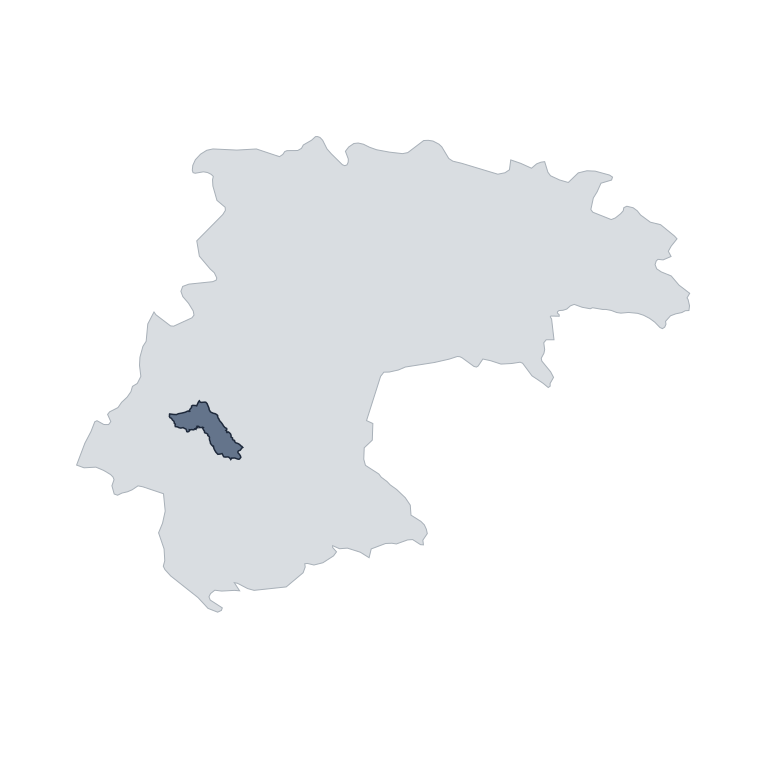 Lelouma, Lélouma, Guinea (highlighted), rotated 288°
{"feature_id": "49546643B79531384041877", "entity_name": "Lelouma", "entity_type": "district", "adm_level": 2, "iso_a3": "GIN", "parent_name": "Guinea", "parent_adm1": "Lélouma", "projection": "equal_earth", "projection_center": [-12.691, 11.514], "detail": "fine", "context": "in_parent", "style": "filled", "palette": "slate", "viewbox_px": 768, "rotation_deg": 288, "n_neighbors": 0, "source": "geoboundaries", "source_scale": "gbopen_adm2", "svg_char_len": 6269}
<svg xmlns="http://www.w3.org/2000/svg" viewBox="0 0 768 768"><g transform="rotate(288 384 384)"><path d="M462.7,526.6L457.1,525.6L454.6,527.0L447.1,538.7L442.7,543.2L435.8,541.8L433.3,542.7L431.4,541.3L433.9,534.9L437.5,522.2L446.6,509.4L446.8,506.7L443.0,499.2L439.1,489.1L439.1,478.1L438.3,470.3L430.2,468.0L428.7,466.7L428.5,464.1L433.0,450.4L433.4,447.7L432.8,445.2L427.8,438.3L420.1,425.4L406.7,399.0L401.8,393.4L397.0,385.3L395.2,380.2L390.2,378.4L343.8,378.7L343.0,385.6L327.0,390.2L317.2,384.9L306.2,388.0L300.9,391.5L296.8,406.9L294.5,410.2L292.1,417.2L290.0,421.0L287.6,428.6L282.4,439.4L276.9,446.4L267.6,450.2L264.7,461.6L262.5,465.9L258.9,469.2L255.1,471.4L247.5,469.2L243.2,471.2L242.5,468.4L244.9,459.3L243.0,454.6L235.7,445.2L235.0,440.7L232.8,434.8L223.2,422.8L214.2,423.5L216.7,413.4L216.6,399.9L213.6,392.6L214.4,385.1L212.7,385.6L209.7,390.7L204.9,389.1L195.1,381.1L190.2,373.3L189.7,366.7L188.6,364.2L185.6,365.6L179.5,365.4L160.8,353.7L147.6,324.2L147.3,317.5L149.2,306.1L148.8,303.0L142.7,310.6L141.5,305.5L136.9,293.6L135.6,286.8L131.1,283.8L127.5,283.3L124.8,285.5L121.1,299.4L118.4,299.3L115.6,296.3L116.2,286.0L123.4,273.1L135.5,240.5L139.8,233.0L142.5,230.4L148.2,230.1L159.2,225.8L172.8,215.6L183.2,216.4L195.5,215.2L211.5,208.2L211.7,186.3L211.1,181.5L205.5,177.1L202.2,173.3L199.3,168.5L195.9,165.0L196.0,161.4L203.1,156.7L209.6,156.8L211.8,155.0L213.4,151.9L215.2,144.0L215.9,135.7L211.6,124.6L211.9,116.7L235.3,117.8L248.2,120.0L258.7,120.6L260.4,122.4L258.9,130.1L260.3,134.6L263.8,135.8L269.7,130.5L272.8,131.7L279.4,138.3L285.5,140.1L292.2,143.8L298.5,145.7L304.0,145.5L308.3,149.2L316.1,150.4L326.2,145.7L334.1,143.6L345.3,143.1L351.1,144.6L368.1,140.8L381.4,143.0L379.4,145.6L373.3,163.0L374.0,166.1L387.6,180.9L390.8,182.0L394.5,180.0L400.4,173.1L404.9,165.7L409.4,162.2L414.6,162.4L418.7,167.6L428.4,189.5L430.9,192.3L433.2,192.2L437.4,188.2L439.5,183.4L448.5,168.9L462.3,161.7L495.3,178.3L500.1,179.5L503.0,178.3L507.0,168.4L519.4,160.1L525.3,157.8L528.7,157.5L530.0,154.8L530.6,150.8L530.0,146.7L526.1,139.3L526.0,137.1L528.1,135.6L532.9,134.6L539.0,135.3L545.9,138.5L551.5,143.2L554.7,148.7L561.0,171.8L568.1,190.0L567.9,214.3L571.0,216.8L574.4,217.8L576.0,219.7L579.4,229.8L582.6,232.7L586.4,233.4L593.5,239.8L598.1,242.4L598.8,244.3L598.7,246.9L596.9,250.3L590.0,257.1L586.6,262.8L579.7,276.6L579.5,279.2L581.0,281.1L583.9,281.4L587.0,280.5L593.4,275.4L598.5,277.2L603.4,281.0L605.2,285.0L605.7,290.3L604.7,297.1L604.5,304.6L606.2,317.5L608.8,330.4L611.4,335.1L627.8,346.5L629.4,350.7L630.2,355.5L629.1,362.1L627.4,365.7L618.5,375.9L617.2,380.6L617.9,389.6L618.7,427.4L622.3,433.8L626.5,437.1L636.3,435.3L636.1,445.8L634.8,457.6L640.6,461.2L643.5,464.8L645.1,468.1L636.1,474.4L633.5,478.0L632.3,487.9L632.6,497.0L644.8,503.5L649.5,511.1L651.7,519.0L652.4,533.9L651.4,537.4L648.3,537.4L642.0,528.3L632.6,527.3L625.6,525.6L613.9,526.8L611.9,529.5L610.6,549.3L613.4,552.7L619.0,556.4L622.7,558.0L625.8,557.6L628.1,560.0L628.6,566.5L627.0,571.3L624.0,575.8L620.2,587.3L621.0,597.8L614.5,614.5L612.6,617.8L603.8,614.5L598.1,613.4L594.0,617.6L588.3,611.1L587.2,606.0L585.2,604.9L581.3,604.9L577.8,607.8L576.3,613.0L575.5,623.8L569.2,634.0L564.7,646.7L559.5,645.6L558.3,647.1L552.8,650.4L548.1,651.3L546.8,647.9L544.0,645.2L540.9,639.8L537.4,635.4L530.6,632.4L528.0,633.7L524.8,633.4L522.7,631.7L523.0,629.0L526.5,622.4L528.5,616.3L529.6,609.7L529.6,603.4L527.6,594.4L524.6,587.4L523.9,583.2L524.2,577.4L523.5,572.0L522.5,569.1L521.0,558.8L519.3,556.9L518.2,548.7L518.5,540.3L515.9,537.1L511.8,534.7L509.4,531.4L507.9,527.7L506.4,526.7L505.1,526.9L504.0,529.2L502.6,529.7L500.2,521.7L499.2,521.4L497.6,523.3L478.6,532.0L476.2,524.6L472.6,523.2L466.3,526.2L462.7,526.6Z" fill="#d9dde1" stroke="#a8b0b8" stroke-width="1"/><path d="M264.9,261.6L265.6,261.8L266.3,262.2L266.4,262.3L266.5,262.2L266.9,263.2L267.5,264.9L267.4,268.1L267.6,269.3L268.1,269.8L270.0,270.5L271.1,269.8L272.4,268.3L273.4,266.5L274.0,266.1L274.9,266.0L275.7,266.5L276.5,267.7L279.4,268.7L280.0,269.3L280.8,268.0L280.9,267.1L281.8,265.5L282.2,264.0L282.3,262.7L282.2,261.8L282.4,260.9L282.8,260.2L283.5,259.3L284.1,259.3L284.2,258.6L284.2,257.5L284.4,257.1L284.9,257.0L285.4,256.8L285.9,256.6L286.3,254.9L287.1,254.7L287.9,254.4L289.0,253.6L289.6,252.6L290.0,251.7L290.3,250.8L290.0,250.4L289.7,250.2L289.3,249.7L289.6,249.2L290.3,249.2L290.9,248.5L291.0,248.0L291.9,248.6L293.1,248.1L293.2,247.4L293.5,246.0L293.9,245.4L294.6,244.2L295.4,243.4L296.1,242.5L297.1,241.1L297.9,239.6L298.1,239.3L298.9,238.4L299.4,238.0L299.9,237.6L300.3,236.8L301.2,236.2L302.2,235.5L302.7,235.5L302.8,235.3L303.3,234.1L303.6,232.5L303.4,230.7L303.7,228.3L304.0,227.3L304.6,226.8L305.5,225.7L306.8,225.1L308.5,223.7L309.1,223.1L310.6,221.9L311.6,220.1L311.2,218.7L310.1,216.1L309.9,214.9L310.4,214.2L311.0,213.6L310.7,213.4L310.3,213.4L310.1,213.2L309.8,213.1L309.6,213.1L309.4,213.1L309.1,213.1L308.9,213.1L308.6,212.9L308.4,212.9L308.2,212.9L306.2,212.7L305.4,212.6L305.5,212.3L304.6,208.7L303.6,207.8L302.2,208.2L301.0,207.7L300.4,207.4L299.7,207.3L298.9,207.1L298.0,207.7L297.6,206.9L297.8,206.1L297.1,205.1L295.8,203.8L294.8,202.2L293.8,200.6L292.2,197.6L290.8,196.1L290.0,193.2L289.3,189.4L289.0,189.3L288.2,189.7L287.0,189.8L285.9,190.8L285.7,192.3L285.1,193.2L284.4,193.9L283.7,195.6L282.9,196.3L281.9,196.6L281.3,198.0L280.4,198.0L279.5,198.4L279.0,198.7L279.4,200.7L279.1,202.5L279.2,203.4L279.3,204.4L280.5,206.4L280.1,207.9L280.0,209.4L279.7,209.8L278.8,210.5L277.8,211.1L277.8,212.1L278.5,213.0L279.5,213.5L280.4,213.0L280.5,213.8L280.8,214.4L281.3,215.3L281.4,216.6L281.8,217.4L282.8,217.7L282.8,218.8L283.2,218.5L283.5,219.1L284.0,219.0L284.0,219.4L284.6,219.4L284.9,220.3L285.9,219.2L286.3,219.9L286.4,220.8L285.9,221.9L285.6,222.1L286.0,223.2L286.4,224.3L286.9,225.0L286.7,225.5L286.2,224.8L285.7,225.4L284.3,226.9L283.6,227.9L282.6,228.2L282.2,228.7L282.2,230.3L281.8,231.9L280.5,232.4L280.1,233.8L279.4,234.5L277.8,234.9L276.7,235.5L275.4,236.6L274.0,237.2L272.8,238.8L271.9,240.6L271.7,240.9L272.0,241.1L270.5,241.9L269.7,242.5L268.6,243.6L267.2,245.2L265.8,247.7L266.6,249.6L267.8,251.5L266.3,253.0L265.3,254.0L265.4,255.4L265.8,256.5L266.4,258.0L266.4,259.1L265.7,260.5L265.0,261.5L264.9,261.6Z" fill="#64748b" stroke="#1e293b" stroke-width="1.5"/></g></svg>